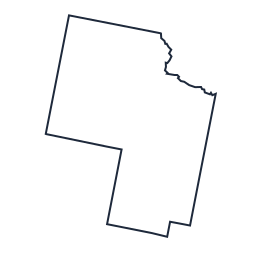 Meade, South Dakota, United States of America, rotated 281°
{"feature_id": "52423323B5171660117524", "entity_name": "Meade", "entity_type": "district", "adm_level": 2, "iso_a3": "USA", "parent_name": "United States of America", "parent_adm1": "South Dakota", "projection": "mercator", "projection_center": [-102.545, 44.59], "detail": "fine", "context": "isolated", "style": "outline", "palette": "slate", "viewbox_px": 256, "rotation_deg": 281, "n_neighbors": 0, "source": "geoboundaries", "source_scale": "gbopen_adm2", "svg_char_len": 740}
<svg xmlns="http://www.w3.org/2000/svg" viewBox="0 0 256 256"><g transform="rotate(281 128 128)"><path d="M106.5,48.4L106.4,49.1L105.7,110.5L105.7,125.8L29.6,125.8L29.4,171.7L28.7,187.2L44.0,187.2L44.1,200.0L44.1,207.5L63.9,207.5L84.6,207.5L91.0,207.5L94.8,207.5L178.3,207.6L176.3,204.5L178.4,202.7L176.7,202.0L177.6,196.6L180.3,195.5L180.3,193.3L182.2,191.9L180.9,186.1L181.8,179.8L184.1,174.4L184.2,170.9L186.5,167.5L188.0,168.3L189.4,166.3L188.9,163.4L188.7,155.9L189.6,156.4L191.6,153.3L195.2,153.6L199.3,152.6L199.2,154.2L202.4,155.9L206.6,157.0L209.1,154.1L213.1,155.5L215.4,152.2L218.1,149.9L217.7,148.6L220.4,147.2L222.5,143.5L227.1,142.3L227.2,142.1L227.3,48.6L106.5,48.4Z" fill="none" stroke="#1e293b" stroke-width="2"/></g></svg>